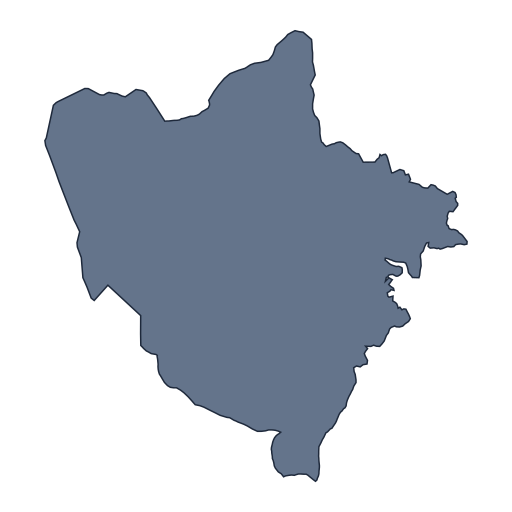 outline of San José Independencia, Oaxaca, Mexico
{"feature_id": "50627088B65589511194358", "entity_name": "San José Independencia", "entity_type": "district", "adm_level": 2, "iso_a3": "MEX", "parent_name": "Mexico", "parent_adm1": "Oaxaca", "projection": "natural_earth1", "projection_center": [-96.628, 18.255], "detail": "fine", "context": "isolated", "style": "filled", "palette": "slate", "viewbox_px": 512, "rotation_deg": 0, "n_neighbors": 0, "source": "geoboundaries", "source_scale": "gbopen_adm2", "svg_char_len": 5459}
<svg xmlns="http://www.w3.org/2000/svg" viewBox="0 0 512 512"><path d="M76.3,224.4L79.7,231.7L77.0,242.7L77.4,247.1L81.3,257.6L82.9,277.7L84.6,281.5L87.1,287.3L91.2,298.1L94.2,300.5L107.9,285.2L140.7,315.6L140.6,333.7L140.8,345.5L142.8,347.5L143.6,348.5L143.8,348.6L145.1,349.8L146.3,350.9L148.5,352.0L151.2,353.6L154.5,354.2L156.1,354.5L157.3,355.4L157.1,356.5L157.5,358.5L157.7,359.9L157.9,362.0L158.1,364.3L158.0,366.4L158.0,366.8L158.2,369.3L158.6,371.5L159.4,374.1L160.6,375.9L162.4,379.0L164.5,382.5L167.5,385.6L170.3,387.3L173.7,387.8L176.5,387.8L180.5,390.1L184.0,392.8L188.2,396.8L191.0,399.9L195.2,404.7L200.0,405.7L204.0,407.2L210.3,410.4L215.0,412.7L220.1,415.3L227.0,417.4L229.7,417.7L234.4,420.5L235.1,420.6L238.3,422.2L238.7,422.3L243.7,424.2L247.4,426.0L252.4,429.0L257.4,431.3L261.4,431.3L265.6,430.8L268.7,429.9L271.1,429.9L273.1,430.0L275.4,430.3L278.2,431.1L280.7,432.2L279.0,433.7L277.5,434.6L276.2,435.7L274.6,437.7L273.6,439.7L272.7,442.2L272.2,444.6L271.5,447.3L271.3,449.3L271.7,451.1L271.8,453.1L272.3,456.3L272.4,458.6L273.2,460.5L273.8,462.8L274.3,465.9L275.4,468.2L278.3,471.9L281.3,473.8L283.6,476.8L285.5,475.9L289.0,475.3L291.5,475.0L294.4,475.3L296.0,474.7L298.4,474.0L300.9,474.0L304.1,474.2L306.2,474.2L307.8,475.1L309.7,476.7L312.5,479.0L313.9,480.1L315.5,481.3L316.9,480.0L317.4,478.2L318.4,476.0L318.9,473.8L319.0,471.2L319.2,469.3L319.4,467.2L319.4,465.4L319.1,462.7L318.9,460.5L318.8,458.2L318.6,456.1L318.7,454.0L318.7,451.1L318.8,448.9L318.9,446.7L319.9,444.8L320.9,442.9L321.8,440.9L322.4,439.6L323.8,437.3L325.9,432.8L327.5,431.9L330.3,428.9L331.9,428.3L332.6,427.2L333.6,425.7L334.7,424.1L335.5,422.9L336.4,421.1L337.1,419.2L338.0,417.1L339.1,414.4L339.9,413.1L341.2,411.5L341.7,411.3L343.6,408.7L345.0,407.8L346.1,405.9L346.5,402.9L347.3,400.2L348.4,397.6L349.3,395.7L350.0,394.5L350.8,392.9L351.5,391.4L352.7,389.4L353.2,387.8L353.9,385.9L356.0,382.6L356.0,379.9L355.2,374.4L354.1,371.5L353.7,367.7L356.5,366.0L360.2,366.9L363.0,364.7L367.0,364.0L367.5,360.4L365.2,356.0L364.3,353.5L365.6,351.2L367.6,348.6L365.6,346.2L370.9,346.4L373.6,345.2L376.4,346.2L379.7,346.4L381.9,344.0L384.2,341.0L385.2,338.5L386.4,335.4L388.3,332.9L389.0,330.7L389.7,328.8L391.2,327.4L394.6,326.0L396.3,326.8L399.6,327.0L402.7,326.1L405.1,323.8L408.5,321.5L410.3,318.7L409.6,316.7L408.4,314.0L407.3,312.0L405.9,309.2L403.8,308.9L401.9,309.8L399.9,307.2L398.1,308.2L397.7,306.2L396.7,303.7L395.4,302.5L392.7,300.9L393.0,296.1L389.0,297.2L387.8,296.1L387.3,292.7L389.9,291.2L391.0,289.7L394.0,290.4L393.5,288.3L390.7,286.4L388.7,284.5L390.4,282.4L391.0,281.5L391.2,281.1L392.3,279.7L388.9,277.8L385.4,281.3L386.3,277.4L387.9,276.9L388.5,275.3L390.0,274.7L392.8,274.4L394.6,275.4L396.2,276.2L397.8,276.1L400.1,274.8L402.2,272.8L402.3,269.6L401.9,267.7L400.4,267.0L398.7,266.3L396.1,266.5L392.8,265.4L391.0,264.7L389.6,263.8L386.5,261.1L385.1,260.1L385.3,258.2L388.4,258.8L389.8,259.6L391.5,260.0L393.2,260.9L395.9,261.7L399.8,262.0L403.5,262.2L405.7,263.0L407.2,266.5L407.9,269.3L408.5,272.7L410.2,274.7L411.4,276.0L412.4,277.5L418.9,277.7L419.6,275.4L419.9,272.7L420.2,270.0L421.1,265.9L420.8,259.8L420.3,256.8L420.6,253.9L423.2,251.0L424.7,246.5L426.5,243.0L428.7,242.5L428.1,246.4L430.2,248.1L434.0,247.8L437.0,248.6L438.7,248.2L440.1,249.1L442.2,248.6L447.7,246.5L450.8,247.0L453.8,246.6L455.6,244.6L458.4,244.1L460.6,243.9L464.2,244.7L466.9,244.1L467.1,241.5L462.7,235.7L461.6,234.6L458.8,232.7L457.6,231.0L455.5,229.9L453.6,229.4L451.5,229.6L449.1,228.6L448.1,225.7L447.1,225.2L446.4,223.1L447.0,220.3L447.7,218.5L447.2,216.2L448.1,213.1L449.3,211.3L453.0,211.7L457.7,205.4L457.7,203.4L456.1,201.6L455.2,198.2L456.3,197.3L456.0,194.6L455.0,192.5L452.7,191.4L447.2,194.3L437.4,188.6L435.3,186.0L433.1,185.1L431.0,184.7L427.8,188.1L424.6,187.9L422.4,187.3L419.0,184.4L409.2,181.9L410.5,179.3L408.5,174.2L405.4,174.9L403.8,170.7L399.9,169.5L393.2,172.7L391.6,172.8L387.5,157.9L386.6,155.7L385.5,154.3L383.3,154.6L381.5,155.7L380.0,154.5L379.1,157.7L377.1,159.3L374.9,162.1L363.2,162.2L358.6,153.8L356.0,153.5L351.9,150.7L350.1,148.6L347.7,146.8L345.8,145.1L342.8,142.8L340.3,141.9L338.4,142.2L336.2,142.7L334.5,143.7L332.1,144.1L327.2,146.1L326.2,146.5L324.1,144.6L323.0,143.0L321.6,142.1L320.7,139.0L320.4,137.0L319.9,133.6L319.9,128.7L319.4,125.0L318.9,121.0L316.9,117.7L314.7,115.5L313.5,112.4L312.6,109.0L312.6,103.8L313.3,99.5L314.1,95.1L313.2,91.2L312.7,89.0L311.4,87.1L310.4,84.8L315.2,75.0L314.4,71.0L313.4,65.3L312.5,62.0L312.6,58.1L312.6,52.9L312.1,48.7L311.9,43.3L311.5,39.4L303.1,32.2L298.9,31.6L295.0,30.7L291.2,32.6L287.8,34.5L285.7,37.1L283.6,39.1L281.5,41.0L279.0,43.1L277.2,44.6L275.4,47.0L274.3,50.9L272.9,54.7L271.1,57.2L268.6,60.3L261.0,62.4L254.4,63.3L250.4,64.8L245.1,68.3L238.9,70.2L233.5,72.3L230.0,73.7L224.3,78.5L218.7,85.1L214.1,91.4L211.6,95.6L208.7,100.3L208.9,100.7L209.5,103.3L209.6,105.0L208.2,108.1L206.6,109.1L204.1,110.6L202.1,111.6L199.4,114.1L197.1,115.3L193.8,116.2L190.3,116.3L186.0,117.7L183.1,118.5L181.4,118.7L179.6,119.9L177.2,120.3L173.7,120.4L168.8,121.0L167.2,121.0L164.8,121.2L157.0,109.0L149.5,97.6L147.2,94.8L146.3,93.0L143.7,91.2L142.8,90.7L136.0,89.5L125.3,96.8L122.2,96.1L119.1,94.7L116.9,93.6L114.1,93.5L109.0,92.4L106.8,93.2L103.8,95.0L101.7,95.0L99.5,94.6L88.3,88.6L84.8,88.5L58.4,101.4L56.2,102.6L53.4,105.3L46.3,138.0L44.9,140.6L45.6,145.4L49.7,155.8L56.0,172.8L59.0,181.5L63.4,192.9L68.7,206.5L74.1,220.1L76.3,224.4Z" fill="#64748b" stroke="#1e293b" stroke-width="1.5"/></svg>